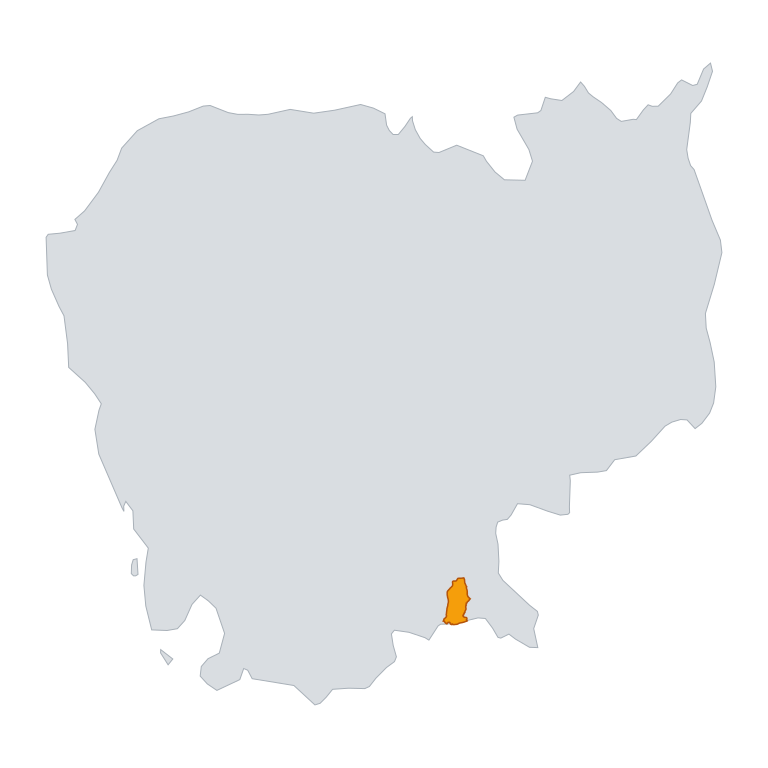 Kampong Trabaek, Prey Vêng, Cambodia (highlighted)
{"feature_id": "14789045B10100754303768", "entity_name": "Kampong Trabaek", "entity_type": "district", "adm_level": 2, "iso_a3": "KHM", "parent_name": "Cambodia", "parent_adm1": "Prey Vêng", "projection": "natural_earth1", "projection_center": [105.549, 11.105], "detail": "fine", "context": "in_parent", "style": "filled", "palette": "amber", "viewbox_px": 768, "rotation_deg": 0, "n_neighbors": 0, "source": "geoboundaries", "source_scale": "gbopen_adm2", "svg_char_len": 7312}
<svg xmlns="http://www.w3.org/2000/svg" viewBox="0 0 768 768"><path d="M710.5,63.1L712.5,71.3L707.2,86.9L701.5,101.0L690.8,113.4L690.3,122.5L686.7,149.6L688.1,158.2L690.6,165.6L694.1,169.6L703.5,196.1L712.0,220.2L720.4,240.1L721.9,252.6L714.3,284.3L705.4,313.5L706.2,328.1L710.1,342.6L714.2,362.0L715.8,386.8L713.6,403.0L709.6,413.1L701.9,423.3L695.1,428.6L687.0,419.9L680.6,419.5L671.9,422.1L665.1,426.1L651.3,441.3L635.9,456.0L614.7,459.7L606.4,470.6L597.6,472.1L580.7,472.7L569.7,475.2L570.3,480.7L569.4,506.6L569.6,512.7L567.9,514.3L560.3,515.1L547.4,511.1L529.9,504.7L517.5,503.7L511.1,515.0L507.3,519.4L502.6,520.1L497.7,522.1L496.1,527.1L495.7,533.4L498.0,544.2L498.9,561.3L498.3,573.0L502.9,580.4L529.5,605.2L537.4,611.4L538.3,615.1L533.7,628.6L537.8,647.6L529.5,647.3L515.5,639.1L508.9,634.1L500.8,638.1L498.0,637.4L492.5,628.0L485.4,618.5L478.0,617.9L462.5,621.6L446.6,624.2L440.6,624.2L438.1,625.9L428.9,640.1L425.0,637.7L409.0,632.3L394.4,630.2L391.4,633.9L393.2,645.5L396.4,656.8L394.5,661.6L386.5,667.5L375.9,678.2L369.4,686.5L364.8,688.6L348.7,688.2L332.6,689.3L326.2,697.2L320.1,703.3L314.9,704.9L293.9,685.5L252.2,678.7L247.7,670.2L243.7,668.5L239.8,679.6L216.9,690.4L207.3,683.9L200.2,676.1L201.3,666.5L208.0,658.7L219.3,653.1L224.6,633.4L216.0,608.2L208.4,600.9L200.4,595.1L192.0,604.4L184.8,620.5L177.4,628.7L167.0,630.5L151.7,629.9L145.8,606.0L143.9,585.4L146.0,562.0L148.3,548.1L133.7,529.0L132.9,510.8L125.8,501.4L123.7,506.1L123.9,511.4L121.9,507.6L98.8,454.1L94.9,429.3L99.0,410.2L101.3,403.8L94.7,393.8L85.3,382.4L68.7,367.4L67.6,343.7L64.0,315.8L59.0,306.4L51.4,289.2L47.4,275.0L46.1,237.3L48.2,234.3L60.0,233.2L75.1,230.5L77.5,224.4L74.9,219.4L84.6,210.9L98.5,192.2L109.3,172.6L117.1,160.3L121.7,148.1L137.3,130.7L158.9,118.8L173.4,116.0L188.6,111.9L203.2,106.1L210.1,105.5L228.2,112.6L237.9,114.4L248.2,114.3L258.8,115.0L268.1,114.3L290.2,109.4L313.7,113.2L334.7,110.2L360.6,104.5L373.4,108.1L385.0,113.8L386.6,125.2L389.3,130.5L393.1,134.5L398.3,134.5L404.9,126.5L410.4,118.3L412.3,116.7L412.5,120.8L415.3,129.7L420.2,138.5L425.2,144.4L433.6,152.1L439.0,152.5L456.7,145.2L483.3,155.8L486.4,161.2L495.0,172.0L504.4,179.8L525.1,180.3L532.5,161.2L528.9,149.5L517.1,129.2L513.9,117.2L517.6,115.1L537.7,112.8L540.9,110.5L545.3,97.3L550.8,98.8L561.9,100.5L573.6,91.5L580.6,82.0L584.4,86.3L588.5,93.0L593.1,96.8L601.5,102.5L610.8,110.5L616.6,118.4L621.3,121.4L633.2,119.3L636.4,119.6L643.3,110.0L648.1,104.8L652.2,106.3L658.2,106.2L670.6,94.0L677.7,82.9L681.6,79.9L692.7,85.5L697.2,84.3L703.6,69.0L710.5,63.1ZM138.0,574.4L135.7,575.8L133.5,575.8L131.3,573.6L131.6,565.0L133.2,559.7L137.0,558.7L138.0,574.4ZM172.8,659.0L168.1,664.8L160.6,652.9L160.7,649.6L172.8,659.0Z" fill="#d9dde1" stroke="#a8b0b8" stroke-width="1"/><path d="M447.6,591.1L447.5,591.3L447.3,591.7L447.3,591.9L447.2,592.2L447.2,592.7L447.2,593.0L447.2,593.5L447.2,594.0L447.2,594.3L447.2,595.0L447.3,595.4L447.4,595.9L447.5,596.2L447.5,596.8L447.6,597.3L447.8,598.0L448.1,599.0L448.2,599.6L448.3,600.0L448.3,600.3L448.4,600.9L448.4,601.5L448.4,602.0L448.3,602.6L448.2,603.1L448.0,603.7L447.9,604.3L447.8,604.7L447.8,605.6L447.7,606.0L447.5,606.4L447.4,607.0L447.3,607.4L447.1,607.9L447.0,608.4L446.9,609.1L446.9,609.7L446.8,610.4L446.7,611.1L446.6,611.7L446.5,612.6L446.5,613.0L446.5,613.3L446.4,613.6L446.4,613.9L446.3,614.1L446.3,614.4L446.3,614.6L446.2,614.8L446.2,615.1L446.4,615.4L446.6,615.8L446.6,616.0L446.3,616.5L446.2,616.7L446.2,616.8L446.1,617.2L445.9,617.3L445.7,617.5L445.3,617.8L445.2,618.0L445.0,618.3L444.8,618.4L444.7,618.5L444.4,618.7L444.2,618.7L444.1,618.9L444.1,619.0L444.0,619.3L443.9,619.4L443.9,619.6L443.8,619.9L443.7,620.1L443.6,620.4L443.5,620.6L443.4,620.8L443.3,621.1L443.6,621.1L443.9,621.0L444.0,621.0L444.3,621.4L444.4,621.5L444.5,621.7L444.5,621.8L444.8,622.0L445.0,622.2L445.0,622.4L445.0,622.5L445.2,622.8L445.4,623.0L445.8,623.2L445.9,623.3L446.0,623.3L446.3,623.5L446.5,623.7L446.8,623.6L447.1,623.6L447.1,623.4L447.2,623.2L447.3,623.1L447.4,622.9L447.6,622.8L447.8,622.6L448.1,622.3L448.3,622.3L448.5,622.4L448.8,622.5L449.0,622.5L449.1,622.4L449.3,622.3L449.5,622.6L449.9,622.6L450.0,622.8L450.1,623.0L450.4,623.2L450.5,623.3L450.4,623.7L450.5,623.9L450.5,624.1L450.8,624.2L451.0,624.3L451.3,624.5L451.6,624.5L451.8,624.6L452.0,624.6L452.3,624.4L452.3,624.1L452.6,624.0L452.9,624.3L453.2,624.5L453.3,624.6L453.5,624.6L453.9,624.6L454.3,624.6L454.7,624.5L455.5,624.4L455.9,624.4L456.7,624.3L457.3,624.2L457.5,624.1L458.4,623.7L458.7,623.5L459.0,623.3L459.3,623.1L459.7,623.1L460.1,623.0L460.4,622.9L460.8,622.8L461.1,622.7L461.8,622.7L462.1,622.6L462.5,622.5L463.2,622.3L464.0,622.1L464.3,622.0L465.1,621.7L465.5,621.5L465.9,621.4L466.9,621.1L467.2,620.9L466.9,620.5L466.7,620.3L466.6,619.9L466.5,619.6L466.9,619.3L466.9,619.1L466.9,618.7L466.9,618.2L466.5,617.6L466.3,617.6L466.0,617.5L465.8,617.4L465.7,617.4L465.3,617.4L465.1,617.4L464.7,617.4L464.4,617.1L463.7,616.9L463.5,616.7L463.4,616.4L463.2,616.2L462.9,615.9L462.9,615.7L463.0,615.4L463.1,615.1L463.4,614.9L463.5,614.9L463.5,614.6L463.8,614.4L463.7,614.1L463.8,613.7L464.0,613.5L464.2,613.4L464.2,613.2L464.3,613.1L464.2,613.0L464.2,612.9L464.3,612.8L464.5,612.6L464.8,612.5L464.9,612.4L465.0,612.1L464.9,611.9L464.9,611.5L465.0,611.1L465.2,610.9L465.3,610.7L465.4,610.4L465.5,610.3L465.6,610.2L465.6,609.9L465.7,609.7L465.8,609.4L466.0,609.2L465.9,608.9L465.9,608.7L466.0,608.4L465.9,608.2L465.8,607.9L465.7,607.7L465.7,607.4L465.8,607.3L465.9,607.0L465.8,606.6L465.7,606.5L465.7,606.3L465.7,606.2L465.8,606.0L465.8,605.8L465.9,605.7L466.0,605.5L466.1,605.4L465.9,605.2L465.9,604.9L466.0,604.7L466.2,604.3L466.2,604.2L466.3,604.0L466.4,603.9L466.4,603.6L466.3,603.4L466.5,603.4L466.5,603.2L466.8,602.9L467.0,602.7L467.1,602.4L467.2,602.2L467.3,601.9L467.5,601.8L467.7,601.5L467.8,601.5L468.1,601.3L468.2,601.2L468.7,600.8L468.7,600.7L468.8,600.6L469.0,600.4L469.2,600.0L469.2,599.9L469.4,599.8L469.5,599.7L469.8,599.4L469.9,599.2L470.0,599.0L470.1,598.9L469.9,598.8L469.8,598.6L469.8,598.4L469.7,598.3L469.6,598.2L469.3,598.1L469.2,598.0L469.2,597.9L469.1,597.7L468.8,597.5L468.6,597.2L468.4,597.1L468.3,596.9L468.0,596.7L467.9,596.5L467.8,596.4L467.8,596.2L467.7,595.9L467.6,595.7L467.5,595.4L467.5,595.2L467.4,594.9L467.3,594.7L467.2,594.5L467.2,594.4L467.2,594.2L467.2,593.9L467.2,593.7L467.3,593.5L467.2,593.3L467.2,593.2L467.3,593.1L467.2,592.8L467.2,592.6L467.2,592.4L467.3,592.2L467.3,591.9L467.2,591.3L467.2,591.2L467.1,590.7L467.1,590.4L467.1,590.2L467.0,589.8L466.9,589.7L466.8,589.4L466.7,589.1L466.5,588.5L466.5,588.4L466.5,588.1L466.5,587.9L466.4,587.7L466.3,587.4L466.4,587.2L466.5,587.1L466.6,586.9L466.7,586.7L466.0,585.8L465.8,585.2L465.6,584.6L465.3,583.9L464.9,583.3L464.8,582.8L464.7,582.1L464.6,580.9L464.5,579.8L464.5,579.4L464.3,579.1L464.1,578.8L464.1,578.5L463.9,578.0L463.8,577.9L463.6,577.9L463.3,578.0L462.7,578.0L462.1,578.2L461.3,578.2L460.6,578.3L459.9,578.2L458.9,578.3L458.4,578.3L458.1,578.4L457.9,578.4L457.8,578.5L457.7,578.7L457.5,578.9L457.3,579.3L457.2,579.4L456.8,580.1L456.4,580.6L456.1,580.9L455.6,581.0L455.0,581.1L454.4,581.0L453.8,581.0L453.2,581.1L452.6,581.6L452.5,582.4L452.6,583.0L452.7,584.1L452.6,585.3L452.5,585.7L452.3,586.0L452.2,586.2L451.2,587.2L450.1,588.2L449.7,588.8L449.1,589.4L448.9,589.6L447.6,591.1Z" fill="#f59e0b" stroke="#b45309" stroke-width="1.5"/></svg>